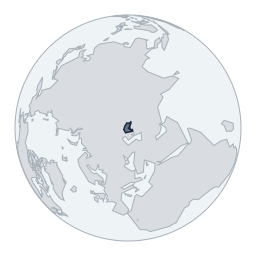 Karakalpakstan on an orthographic globe, rotated 256°
{"feature_id": "UZB-356", "entity_name": "Karakalpakstan", "entity_type": "Automonous Region", "adm_level": 1, "iso_a3": "UZB", "parent_name": "Uzbekistan", "parent_adm1": "", "projection": "orthographic", "projection_center": [58.854, 43.272], "detail": "fine", "context": "on_globe", "style": "filled", "palette": "slate", "viewbox_px": 256, "rotation_deg": 256, "n_neighbors": 0, "source": "natural_earth", "source_scale": "10m", "svg_char_len": 12019}
<svg xmlns="http://www.w3.org/2000/svg" viewBox="0 0 256 256"><g transform="rotate(256 128 128)"><circle cx="128" cy="128" r="113" fill="#eef3f6" stroke="#a8b0b8"/><path d="M132.7,15.5L129.9,15.4L130.2,15.5L133.6,15.7L135.8,15.9L141.3,18.6L152.0,22.6L157.4,23.5L154.6,23.8L166.2,25.7L173.2,28.8L164.0,25.5L162.1,25.5L166.3,27.6L165.2,28.0L166.7,29.4L165.0,29.8L159.8,28.1L158.6,28.5L161.6,30.0L161.9,31.6L157.6,29.2L157.7,31.9L148.9,30.2L138.7,24.7L132.6,25.1L118.8,23.3L118.8,24.2L113.6,24.5L111.6,25.8L109.6,25.3L109.8,26.8L112.0,27.0L112.8,27.8L111.9,28.6L109.1,28.1L109.2,27.6L107.9,27.9L107.0,27.3L106.9,28.1L103.7,27.5L105.4,29.4L101.7,30.1L100.0,29.4L102.1,27.7L103.2,22.9L102.1,22.1L98.5,22.4L87.6,26.3L85.6,26.4L81.5,27.7L81.7,28.3L85.0,27.6L84.4,29.3L88.5,28.4L88.8,29.1L92.3,29.2L89.7,31.1L85.3,33.0L82.3,33.1L80.3,34.1L81.5,35.7L74.3,37.9L66.8,43.0L65.1,43.6L64.9,41.1L69.2,36.5L68.9,34.3L67.0,37.8L62.9,39.4L61.4,40.7L60.4,41.9L61.1,42.2L59.2,43.3L60.5,40.0L62.2,38.9L61.8,39.9L63.7,37.9L64.5,36.1L62.4,37.3L65.9,34.2L64.4,35.1L66.5,33.7L64.0,35.3L70.8,31.0L77.9,27.1L85.3,23.8L92.9,21.0L100.6,18.7L108.5,17.1L116.5,15.9L124.6,15.4L132.7,15.5ZM136.9,16.0L133.8,15.7L131.1,15.5L133.8,15.6L136.9,16.0ZM141.9,17.2L140.1,17.1L140.0,16.6L141.1,16.8L141.9,17.2ZM161.5,24.2L159.1,23.3L161.8,24.1L161.5,24.2ZM167.1,29.5L168.2,29.7L168.5,30.3L167.1,29.5ZM93.5,28.1L92.9,28.6L92.5,28.4L93.5,28.1ZM95.5,27.8L95.6,27.1L96.5,26.8L96.5,27.2L95.5,27.8ZM166.3,31.6L166.4,32.8L165.3,31.3L166.3,31.6ZM95.3,28.7L98.3,26.4L100.0,26.0L101.3,27.3L95.3,28.7ZM166.0,33.2L166.5,36.2L168.8,36.8L162.6,37.1L164.2,34.3L162.5,32.4L164.6,33.4L166.0,33.2ZM113.1,26.7L110.7,26.5L113.6,25.9L113.1,26.7ZM114.7,26.2L122.4,23.7L125.4,24.6L122.3,25.1L126.9,25.8L124.6,27.4L121.6,27.4L120.0,26.5L120.3,27.8L114.7,26.2ZM159.1,36.9L158.5,37.5L158.1,36.6L159.1,36.9ZM113.3,28.0L114.6,27.4L117.4,28.0L115.3,29.5L115.1,28.8L113.3,28.0ZM129.3,25.3L130.9,26.1L129.5,27.6L130.0,28.2L124.9,27.5L129.3,25.3ZM114.0,29.1L114.2,30.2L112.0,30.7L112.3,28.7L114.0,29.1ZM118.9,27.6L120.1,28.1L118.8,28.3L118.9,27.6ZM104.5,33.5L106.0,32.5L107.5,32.8L104.5,33.5ZM114.4,30.7L115.2,30.5L115.9,30.5L115.6,31.4L114.4,30.7ZM124.2,28.7L123.3,29.2L126.3,29.0L125.4,30.3L122.1,29.7L123.1,30.5L122.8,30.9L120.5,29.9L124.2,28.7ZM117.7,32.4L113.2,32.3L110.1,33.9L108.7,33.7L113.8,31.1L117.7,32.4ZM119.5,31.0L118.0,31.8L117.0,31.1L117.3,30.1L119.5,31.0ZM125.9,31.4L128.2,29.6L128.8,29.9L125.9,31.4ZM117.0,33.0L118.1,33.0L116.9,33.2L117.0,33.0ZM123.4,32.0L124.1,31.3L124.8,31.6L123.4,32.0ZM119.7,33.8L118.2,33.7L118.4,33.0L119.7,33.8ZM121.6,33.1L122.4,33.6L119.4,32.8L121.8,32.7L121.6,33.1ZM124.0,32.4L124.6,32.3L123.6,32.7L124.0,32.4ZM119.8,36.6L115.9,35.7L116.4,34.1L120.0,35.2L119.8,36.6ZM22.5,143.7L22.1,124.6L24.6,121.5L26.7,115.0L45.3,106.8L47.4,111.3L60.1,118.2L61.3,120.3L57.9,124.9L65.8,137.9L70.6,135.1L79.7,143.3L87.1,145.8L93.1,136.2L81.2,132.0L81.0,126.0L92.2,124.9L102.9,128.8L103.2,126.6L98.1,120.1L102.2,117.1L96.5,117.5L97.6,120.2L94.0,120.7L92.8,118.3L94.3,117.2L91.5,115.2L85.1,121.2L85.5,124.5L77.2,122.5L77.1,128.1L74.3,129.4L73.4,120.5L74.7,118.0L71.7,106.9L69.5,109.3L72.2,120.0L70.7,118.5L67.7,122.2L68.7,118.1L66.3,106.2L60.0,103.7L49.0,109.0L45.9,107.0L44.6,102.2L51.5,93.0L57.7,98.6L60.2,95.8L61.5,89.2L63.2,91.6L64.5,89.7L67.1,91.6L73.2,89.6L76.2,91.1L80.9,85.9L83.1,86.1L79.7,89.0L78.9,92.1L86.6,96.1L88.8,95.6L91.3,92.0L93.1,93.7L94.5,89.8L100.1,90.4L94.4,86.4L97.2,82.5L101.9,80.7L101.8,78.8L94.2,81.8L92.0,83.7L91.8,86.4L85.2,91.4L82.0,91.1L85.1,83.3L81.0,82.1L85.3,77.0L103.2,71.5L109.5,71.8L114.8,80.4L112.0,82.5L108.6,80.3L109.5,86.0L110.5,83.7L112.0,85.3L115.0,82.3L116.2,83.3L117.1,78.9L118.9,79.7L118.3,82.5L124.4,79.2L128.8,80.4L129.6,79.2L129.1,77.6L135.1,80.3L135.4,79.3L133.6,78.0L133.0,75.3L134.3,71.7L136.3,72.8L136.1,74.3L138.6,79.2L137.7,83.2L138.7,83.3L139.9,80.2L136.8,74.1L137.1,71.6L138.9,74.2L138.3,73.0L139.0,72.2L141.6,72.4L139.7,69.5L145.1,59.4L150.6,59.2L151.7,62.5L157.6,57.5L163.3,58.2L161.7,56.9L163.3,54.1L161.5,53.8L160.9,53.0L164.3,46.1L166.7,45.5L166.3,41.7L165.4,41.1L163.7,41.2L162.6,37.1L168.8,36.8L170.4,38.1L173.2,37.2L176.5,40.4L180.6,42.9L182.7,47.2L185.7,49.0L186.5,48.5L191.1,50.7L198.2,57.5L189.3,54.2L178.0,45.6L182.3,49.2L180.4,49.1L181.4,50.9L184.5,53.5L185.4,53.3L185.6,62.3L191.2,71.6L193.1,68.5L196.4,69.3L204.5,78.5L208.7,97.1L213.1,99.4L214.7,102.2L214.0,105.9L211.5,101.9L208.9,102.2L207.6,99.5L205.5,104.5L203.7,100.9L203.0,106.8L205.5,108.7L208.0,105.5L208.2,112.4L213.4,114.7L216.3,120.3L215.1,135.0L210.6,142.4L210.8,144.5L207.8,144.1L205.6,149.8L212.5,156.7L212.9,159.7L208.5,168.5L208.1,166.5L200.2,165.5L200.0,172.9L206.0,175.3L208.1,180.4L204.1,180.9L201.8,176.5L199.0,175.9L198.8,169.8L194.8,162.1L190.6,165.9L190.1,162.1L183.9,156.3L177.4,161.3L167.7,174.6L167.7,184.2L163.7,189.1L155.4,177.2L153.0,168.0L149.2,169.4L141.3,161.9L125.4,161.9L123.9,159.2L120.7,160.4L115.3,157.4L113.2,152.8L109.6,152.7L115.4,164.6L119.3,164.7L123.6,160.6L124.4,164.7L129.7,168.3L121.3,177.3L98.9,182.7L97.9,175.3L87.2,151.6L88.2,149.3L88.2,149.0L88.2,148.5L85.9,152.0L84.5,147.1L88.9,163.7L89.1,170.0L98.5,183.1L97.3,183.9L100.8,186.7L113.2,185.7L113.0,188.0L106.3,197.5L90.2,207.2L93.1,215.3L93.2,221.0L84.8,222.1L87.2,226.2L83.1,226.0L83.9,227.8L81.6,228.3L77.0,227.5L67.5,222.6L65.6,220.9L58.8,215.1L48.8,201.8L49.8,198.3L48.4,193.6L41.7,179.2L43.0,174.1L41.6,170.3L38.3,168.3L36.8,163.6L35.0,161.8L24.7,152.1L22.5,143.7ZM36.8,114.3L35.8,116.1L36.8,114.3ZM113.0,138.3L120.3,139.7L119.2,132.4L121.9,132.4L120.5,130.0L119.1,131.9L116.1,125.4L120.0,123.8L120.2,120.7L117.8,120.1L111.1,124.1L115.4,133.3L112.8,135.8L113.0,138.3ZM62.8,39.6L62.7,39.9L61.4,41.3L61.4,40.8L62.8,39.6ZM59.1,46.9L56.3,48.6L58.3,46.9L57.8,46.5L61.5,42.6L64.5,43.7L62.5,43.8L59.1,46.9ZM67.2,38.1L64.6,40.2L67.4,37.9L67.2,38.1ZM69.0,78.4L69.0,80.5L66.8,82.0L63.1,80.8L66.2,78.4L69.0,78.4ZM69.6,83.1L73.8,76.2L76.3,76.9L74.2,77.6L75.4,78.8L72.4,80.3L70.7,88.1L68.7,90.0L62.8,86.2L65.8,86.3L65.6,84.1L69.6,83.1ZM80.0,59.5L81.8,57.1L84.9,61.6L82.8,63.4L78.9,62.1L79.1,59.3L80.0,59.5ZM97.0,31.7L97.5,30.9L98.2,31.0L98.4,31.7L97.0,31.7ZM105.1,33.0L95.5,35.3L95.6,34.5L89.9,37.1L88.0,36.0L91.7,34.3L85.9,35.6L88.5,33.6L84.6,34.8L93.2,31.1L95.3,29.5L93.7,31.6L95.4,32.6L96.8,32.6L102.3,31.4L107.7,28.9L110.3,29.7L110.7,30.9L109.8,31.7L108.4,30.9L108.2,32.4L105.5,31.9L105.1,33.0ZM114.0,48.4L112.7,46.6L111.9,50.7L109.1,49.7L109.2,50.3L106.5,50.5L103.3,51.9L102.3,51.1L101.5,52.0L99.6,52.3L98.2,53.3L95.9,52.4L93.9,53.6L94.0,52.4L91.2,54.8L92.3,52.7L90.0,53.0L90.2,54.9L81.7,48.6L77.4,48.0L73.1,48.7L75.6,45.3L81.1,42.5L87.7,40.8L91.6,42.0L92.0,40.4L94.0,40.5L92.8,41.8L95.8,40.0L97.1,40.5L103.0,39.7L106.4,37.1L108.7,36.9L108.0,38.1L110.7,37.0L110.9,39.3L112.5,39.3L114.4,41.6L112.1,44.3L114.1,44.0L115.6,45.9L114.0,48.4ZM120.2,37.3L118.1,40.5L115.6,41.6L113.4,37.2L111.9,36.9L110.5,34.4L114.2,32.9L114.2,33.7L115.2,34.2L113.7,34.5L115.6,34.6L115.7,35.9L117.3,36.4L116.2,37.2L120.2,37.3ZM64.0,119.3L65.1,120.4L67.3,121.4L65.5,123.8L64.0,119.3ZM62.2,111.2L63.4,111.6L61.9,115.3L60.7,114.3L62.2,111.2ZM65.4,108.8L63.6,111.3L63.8,109.3L65.4,108.8ZM81.0,89.3L82.5,89.6L82.1,90.5L80.7,91.5L81.0,89.3ZM110.9,61.3L110.6,59.9L111.3,59.6L112.9,56.5L115.0,57.2L114.9,59.3L110.9,61.3ZM90.4,137.4L87.5,138.7L86.7,137.3L87.9,137.1L90.4,137.4ZM75.3,131.4L78.2,134.2L74.8,132.0L75.3,131.4ZM113.5,61.5L113.9,60.1L114.7,61.3L113.5,61.5ZM116.7,57.5L117.9,58.6L115.5,56.9L116.7,57.5ZM112.2,223.2L107.2,231.1L101.9,230.3L99.9,227.7L101.1,222.7L106.9,222.0L109.5,219.6L112.2,223.2ZM224.3,179.6L225.9,178.0L225.7,178.4L224.3,179.6ZM222.7,180.3L224.7,178.3L222.2,181.4L222.7,180.3ZM225.4,177.5L227.4,174.6L228.3,173.0L228.0,173.9L225.4,177.5ZM221.3,181.7L212.8,188.8L209.1,190.5L210.2,188.6L216.1,184.6L221.3,181.7ZM209.9,188.8L204.1,188.8L194.6,182.0L198.0,180.6L207.6,182.5L207.1,184.0L210.6,184.7L209.9,188.8ZM223.2,171.4L222.5,175.4L218.0,179.1L215.9,180.3L214.4,176.9L215.2,173.9L217.1,172.5L223.1,158.4L225.4,158.3L223.8,163.7L225.7,165.1L223.2,171.4ZM168.3,184.9L171.3,189.5L169.0,190.9L168.3,184.9ZM224.7,150.0L222.8,156.2L224.3,148.9L224.7,150.0ZM225.0,143.8L225.6,145.6L224.2,144.8L225.0,143.8ZM211.5,147.3L209.6,149.2L209.1,147.8L211.3,144.6L211.5,147.3ZM218.4,125.0L220.0,129.3L220.1,131.0L218.5,129.3L218.4,125.0ZM132.3,66.5L127.8,69.9L126.0,73.2L127.1,76.1L123.5,73.6L126.4,68.6L132.3,66.5ZM143.3,60.1L142.3,57.8L144.0,58.0L144.5,58.5L143.3,60.1ZM141.8,59.3L138.1,58.1L138.3,56.3L141.2,57.6L141.8,59.3ZM125.7,59.4L124.2,60.4L123.5,59.3L125.7,59.4ZM208.7,206.6L210.3,204.4L211.1,203.7L213.1,200.4L221.6,189.8L228.4,177.6L230.7,173.8L234.0,165.3L235.7,161.0L234.9,163.4L232.0,171.4L228.4,179.1L224.2,186.5L219.6,193.6L214.4,200.3L208.7,206.6ZM228.1,175.2L230.6,169.8L231.7,168.0L228.1,175.2ZM238.1,152.0L237.3,154.9L238.0,152.0L238.1,150.3L236.1,154.9L235.7,154.4L236.6,151.3L234.9,153.6L236.9,148.9L237.4,150.7L238.4,145.7L239.5,142.3L240.1,139.3L240.1,139.1L238.1,152.0ZM236.3,156.3L236.6,155.6L236.2,157.2L236.3,156.3ZM232.4,161.2L232.2,162.3L231.6,162.5L232.4,161.2ZM233.2,159.3L234.9,157.3L233.0,160.4L233.2,159.3ZM226.8,164.7L227.5,166.2L229.7,162.1L228.0,166.2L229.2,168.0L228.6,170.0L227.5,167.8L226.6,172.5L225.6,173.5L225.3,170.7L226.5,165.2L227.5,162.3L231.2,156.9L226.8,164.7ZM233.3,156.6L232.8,154.8L233.1,152.4L233.7,153.0L233.3,156.6ZM230.8,150.6L228.9,149.4L227.6,152.4L229.8,144.4L231.4,146.8L230.8,150.6ZM228.6,145.3L227.4,148.1L228.3,143.8L228.6,145.3ZM226.8,147.4L226.2,145.4L227.4,144.4L226.8,147.4ZM229.3,144.5L228.7,140.4L229.7,142.0L229.3,144.5ZM224.6,140.8L227.8,141.8L224.4,143.8L222.2,136.5L223.5,134.8L224.6,140.8ZM219.2,101.4L217.7,99.6L218.4,97.7L219.2,99.4L219.2,101.4ZM219.1,90.2L218.1,96.6L217.0,101.9L218.3,101.9L219.7,106.4L216.8,104.5L216.1,98.0L217.3,94.7L215.6,91.2L215.3,87.2L212.5,83.8L211.8,81.3L214.7,83.4L219.1,90.2ZM211.3,82.5L206.3,75.9L208.3,74.0L209.9,75.0L211.3,78.8L210.1,79.6L211.3,82.5ZM205.7,73.9L204.5,74.6L194.8,68.0L193.2,66.2L201.7,69.8L201.1,70.8L203.1,72.9L205.7,73.9ZM159.6,38.0L158.6,37.6L159.7,37.4L159.6,38.0ZM159.8,52.9L159.1,51.8L160.4,51.5L159.8,52.9ZM157.7,48.6L156.8,49.7L157.0,48.1L157.7,48.6ZM154.8,52.1L156.0,49.8L156.0,52.7L154.8,52.1Z" fill="#d9dde1" stroke="#a8b0b8" stroke-width="1"/><path d="M128.3,124.0L128.6,124.2L128.9,124.4L129.1,124.5L129.4,124.7L129.7,124.9L130.0,125.1L130.2,125.3L130.5,125.4L130.7,125.5L130.9,125.6L131.0,125.7L131.1,125.8L131.2,126.0L131.3,126.2L131.4,126.4L131.5,126.4L131.6,126.5L131.8,126.7L131.9,126.8L132.0,127.0L132.3,127.3L132.5,127.5L132.7,127.8L132.8,127.8L133.2,127.9L133.2,128.0L132.8,128.7L132.5,129.5L132.4,129.6L132.4,130.1L132.6,130.4L132.6,130.5L132.3,130.7L132.2,130.7L132.2,130.8L132.9,131.6L133.3,132.2L133.0,132.4L132.9,132.4L132.7,132.1L132.4,131.8L132.3,131.7L132.2,131.7L131.9,131.6L131.7,131.8L131.5,131.7L131.4,131.7L131.2,131.5L130.8,131.2L130.7,131.1L130.6,130.9L130.4,130.8L130.4,130.7L130.2,130.5L129.9,130.6L129.7,130.6L129.7,130.4L129.6,130.2L129.5,129.9L129.4,129.9L129.2,129.9L128.9,129.9L128.7,129.9L128.6,129.6L128.4,129.5L128.4,129.4L128.3,129.5L128.2,129.5L128.1,129.4L127.7,129.0L127.6,128.9L127.6,129.0L127.4,129.2L127.2,129.1L126.9,129.3L127.0,129.3L127.2,129.5L127.3,129.5L127.4,129.8L127.5,129.9L127.4,129.9L127.3,129.7L127.2,129.6L126.9,129.6L126.7,129.5L126.7,129.8L126.6,130.0L126.4,130.1L126.2,130.2L125.9,130.2L125.7,130.2L125.6,130.3L125.5,130.5L125.4,130.6L125.2,130.7L125.2,130.8L125.2,131.0L125.3,131.3L125.3,131.5L125.5,131.7L125.5,131.8L125.4,131.8L125.1,131.9L124.6,131.8L124.3,131.8L124.0,131.8L123.8,131.8L123.8,131.3L123.8,130.9L123.8,130.4L123.8,130.0L123.8,129.5L123.8,129.1L123.9,128.6L123.9,128.2L123.9,127.7L123.9,127.3L123.9,126.8L123.9,126.4L124.0,125.9L124.0,125.4L124.0,125.0L124.0,124.5L124.3,124.5L124.4,124.4L124.5,124.4L124.8,124.3L125.0,124.2L125.3,124.2L125.6,124.1L125.8,124.0L126.0,124.0L126.1,123.9L126.3,123.9L126.6,123.8L126.8,123.7L127.0,123.7L127.3,123.6L127.6,123.5L127.8,123.6L128.0,123.8L128.3,124.0Z" fill="#64748b" stroke="#1e293b" stroke-width="1.5"/></g></svg>